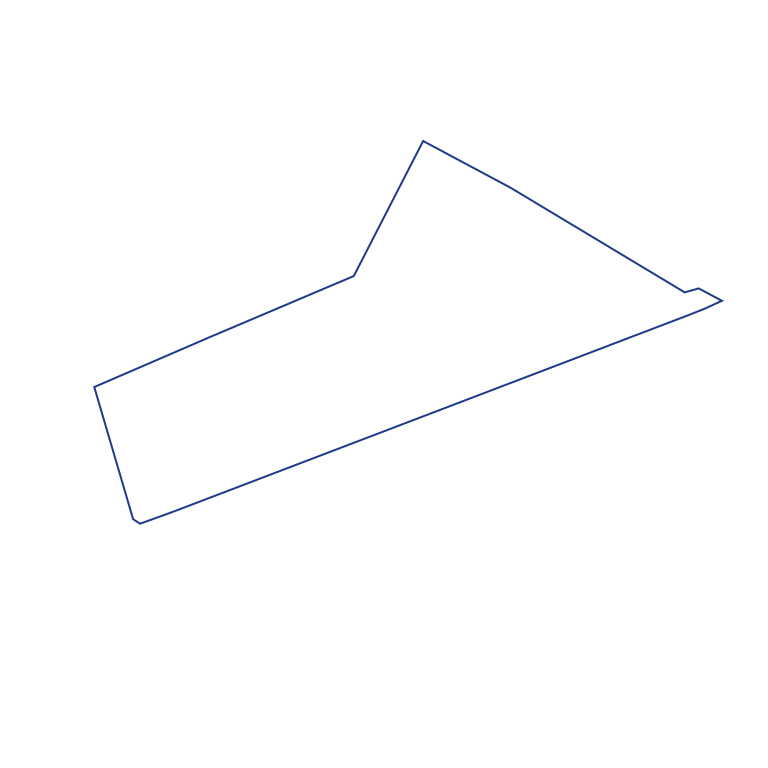 Garagum, Mary, Turkmenistan, rotated 301°
{"feature_id": "10190150B14310189929045", "entity_name": "Garagum", "entity_type": "district", "adm_level": 2, "iso_a3": "TKM", "parent_name": "Turkmenistan", "parent_adm1": "Mary", "projection": "mercator", "projection_center": [61.282, 38.084], "detail": "fine", "context": "isolated", "style": "outline", "palette": "blue", "viewbox_px": 768, "rotation_deg": 301, "n_neighbors": 0, "source": "geoboundaries", "source_scale": "gbopen_adm2", "svg_char_len": 334}
<svg xmlns="http://www.w3.org/2000/svg" viewBox="0 0 768 768"><g transform="rotate(301 384 384)"><path d="M164.1,267.6L600.0,609.6L613.9,620.2L629.4,630.8L628.0,604.5L617.4,594.5L617.4,391.3L612.4,292.4L461.0,302.5L334.3,210.4L232.2,137.2L138.9,238.6L138.6,246.8L164.1,267.6Z" fill="none" stroke="#1e3a8a" stroke-width="2"/></g></svg>